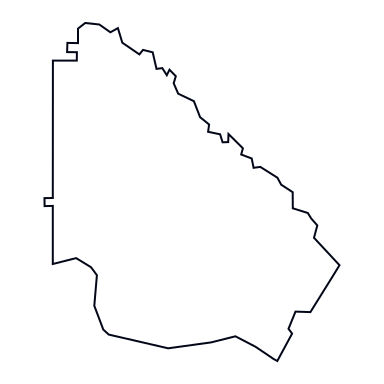 Wayne, Georgia, United States of America (Natural Earth projection)
{"feature_id": "52423323B68831425011801", "entity_name": "Wayne", "entity_type": "district", "adm_level": 2, "iso_a3": "USA", "parent_name": "United States of America", "parent_adm1": "Georgia", "projection": "natural_earth1", "projection_center": [-81.896, 31.578], "detail": "fine", "context": "isolated", "style": "outline", "palette": "ink", "viewbox_px": 384, "rotation_deg": 0, "n_neighbors": 0, "source": "geoboundaries", "source_scale": "gbopen_adm2", "svg_char_len": 901}
<svg xmlns="http://www.w3.org/2000/svg" viewBox="0 0 384 384"><path d="M311.3,218.6L307.8,213.0L292.8,208.3L292.7,192.2L281.2,184.7L277.4,177.7L260.3,166.9L253.6,167.8L251.7,158.5L241.2,154.5L242.9,148.3L228.5,134.0L228.2,142.1L222.6,142.3L220.1,134.3L208.1,131.8L209.1,124.5L200.1,117.2L193.9,101.2L178.2,93.7L173.7,83.3L175.8,76.2L169.5,69.7L166.8,75.2L162.3,68.1L156.5,68.9L152.7,52.3L143.0,49.9L139.4,54.4L122.3,42.7L117.9,28.1L110.4,32.3L99.3,24.5L85.2,23.0L78.0,28.6L78.0,43.1L67.4,42.9L67.1,52.1L76.9,52.2L76.8,60.6L52.9,60.6L52.9,70.9L52.8,198.0L44.5,198.1L44.6,206.1L52.8,205.9L52.8,264.0L76.1,258.1L91.0,267.2L96.9,275.2L94.3,305.8L103.3,329.6L108.8,334.6L168.2,348.3L211.1,342.4L235.4,336.3L255.6,346.8L273.6,359.0L277.3,361.0L292.1,333.6L288.5,328.8L295.5,311.6L310.4,312.1L332.7,276.3L339.5,265.2L314.0,237.8L317.3,225.4L311.3,218.6Z" fill="none" stroke="#020617" stroke-width="2"/></svg>